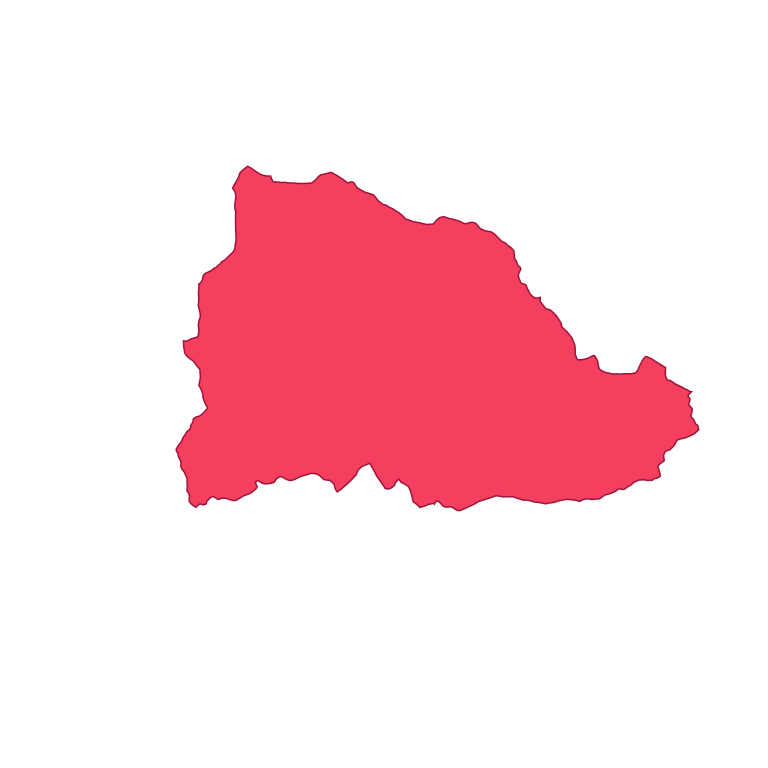 Kabjisa, Punakha, Bhutan (Albers equal-area conic projection), rotated 138°
{"feature_id": "84629894B81369433275324", "entity_name": "Kabjisa", "entity_type": "district", "adm_level": 2, "iso_a3": "BTN", "parent_name": "Bhutan", "parent_adm1": "Punakha", "projection": "albers", "projection_center": [89.724, 27.643], "detail": "fine", "context": "isolated", "style": "filled", "palette": "rose", "viewbox_px": 768, "rotation_deg": 138, "n_neighbors": 0, "source": "geoboundaries", "source_scale": "gbopen_adm2", "svg_char_len": 6171}
<svg xmlns="http://www.w3.org/2000/svg" viewBox="0 0 768 768"><g transform="rotate(138 384 384)"><path d="M490.8,335.0L485.8,334.5L479.5,334.4L473.8,334.5L465.7,335.1L460.9,337.4L455.2,337.4L447.6,334.5L449.6,325.5L451.1,320.1L452.2,310.4L453.0,305.5L451.7,304.0L450.7,302.8L449.2,302.2L447.0,301.8L444.8,301.6L443.8,301.7L442.3,302.8L439.8,303.3L436.6,303.4L437.1,299.6L435.0,294.0L434.5,291.1L436.1,286.3L438.9,280.9L441.0,277.0L439.9,270.9L440.1,268.3L434.8,265.8L431.5,264.8L426.8,261.9L426.8,260.9L425.3,261.8L422.7,261.6L421.8,258.8L421.8,254.0L420.5,251.1L415.9,247.5L415.3,244.6L414.0,240.8L412.0,238.9L405.5,236.9L398.0,234.5L392.1,233.3L381.1,228.2L375.9,226.2L373.9,224.3L371.5,221.0L368.7,218.4L363.7,214.1L362.6,211.9L358.1,204.3L356.3,203.0L353.7,199.7L351.6,196.2L347.9,191.9L344.0,186.7L341.1,185.2L337.2,182.4L332.3,180.2L325.3,176.1L321.0,171.3L318.8,168.7L317.3,165.9L313.2,164.8L309.7,162.8L306.9,159.1L303.2,156.5L300.6,154.4L294.1,153.7L289.4,151.3L284.8,149.6L278.7,148.8L278.5,147.5L276.4,145.1L274.0,144.7L272.0,144.7L268.3,143.7L263.8,143.7L258.9,142.1L254.7,138.7L253.0,136.3L250.1,133.9L249.3,133.0L246.5,132.8L244.3,131.5L240.8,130.5L239.1,132.4L237.2,135.9L236.7,137.2L236.3,139.2L233.9,140.0L232.0,140.0L227.0,139.5L225.3,142.1L224.0,143.9L220.5,145.6L217.9,145.0L215.8,143.9L212.7,143.9L208.8,144.3L203.9,146.3L200.4,144.8L197.1,142.8L193.7,141.5L187.0,139.4L183.1,139.4L180.5,139.6L178.5,143.5L179.2,145.7L178.1,148.8L177.5,150.9L177.9,152.2L177.9,153.5L177.0,155.1L173.8,157.2L171.4,159.6L171.4,164.9L167.7,167.1L166.8,167.8L166.3,169.4L166.1,171.5L165.4,172.4L163.2,172.3L160.6,172.5L162.1,174.5L162.3,176.2L163.9,179.6L164.6,182.2L166.0,185.6L167.5,189.0L168.1,191.9L168.5,193.6L169.1,195.3L170.6,197.0L170.6,198.4L170.1,200.2L168.6,202.9L167.1,204.5L163.8,207.7L166.0,215.3L167.0,218.5L168.2,223.3L170.2,228.1L171.4,229.4L174.5,229.1L181.8,226.5L185.7,224.6L189.2,223.8L193.0,225.8L196.0,228.4L198.4,230.7L202.2,233.6L204.6,236.1L207.1,238.1L211.7,244.5L212.9,246.9L214.0,250.7L213.2,252.8L209.9,258.2L208.6,263.3L209.1,265.0L215.4,266.8L220.3,269.3L222.6,271.3L223.8,272.0L223.8,273.8L222.7,276.3L222.3,277.9L219.5,280.9L216.4,284.8L215.1,288.1L213.6,292.1L213.3,294.7L213.1,300.7L213.7,307.4L211.8,310.4L211.0,314.2L210.2,319.9L210.6,324.7L210.6,325.8L211.2,328.5L213.4,331.6L212.7,340.9L209.9,343.8L212.9,345.3L214.4,347.5L215.1,350.1L215.2,352.8L213.4,359.7L212.3,362.1L212.9,364.6L214.4,366.2L214.4,368.0L212.6,373.3L210.7,375.5L209.3,376.3L205.4,377.8L204.7,379.8L205.1,381.7L204.9,383.8L203.4,386.5L203.1,389.7L201.6,391.7L198.3,396.3L198.3,398.0L198.5,401.3L199.2,403.5L199.5,407.8L201.0,411.1L201.2,413.9L201.5,421.1L202.2,424.5L203.5,426.6L206.1,429.8L208.5,435.1L208.3,439.4L208.3,442.0L209.0,443.3L210.3,445.2L212.6,446.7L216.3,448.5L217.2,449.8L218.7,453.9L220.6,457.2L221.9,459.5L224.9,463.5L226.7,466.9L227.8,468.3L228.7,469.1L231.5,470.4L234.4,470.6L240.4,469.9L245.5,474.0L248.2,477.7L249.3,479.5L251.8,482.7L254.1,485.8L255.9,489.4L257.6,492.3L257.6,496.2L258.3,501.3L259.8,506.1L260.3,508.4L261.9,512.1L262.6,514.9L263.1,516.1L264.4,517.5L265.7,523.7L265.4,527.8L265.3,531.6L268.2,536.7L269.7,539.0L270.7,541.7L272.1,546.0L272.6,548.6L271.7,553.6L272.2,555.1L273.6,556.6L276.5,557.7L276.7,559.6L277.5,562.7L277.7,564.2L278.5,566.5L279.4,570.2L280.4,573.0L281.4,576.0L282.2,577.0L284.8,578.3L287.5,579.7L291.1,581.8L293.8,582.0L298.0,581.5L303.3,581.7L307.8,585.3L312.1,589.1L315.2,592.1L317.0,594.2L318.7,595.6L320.5,597.4L322.7,600.2L325.3,602.3L328.6,606.0L330.8,608.1L330.9,609.4L329.8,612.9L329.1,614.4L330.6,615.7L332.4,617.5L333.3,618.8L335.1,621.3L336.3,625.1L336.9,627.1L338.6,634.4L339.7,637.1L347.2,637.5L350.1,637.2L354.3,634.7L359.3,633.0L362.8,632.0L365.5,630.8L366.0,627.0L367.7,623.5L369.7,621.5L374.2,617.7L377.5,614.1L378.8,611.4L383.6,606.4L386.8,602.7L389.0,600.3L391.8,596.8L395.0,592.9L398.1,589.4L401.1,587.4L403.5,585.0L405.6,583.7L408.9,582.9L412.3,583.0L416.7,582.7L419.9,582.7L422.7,583.4L426.1,582.8L427.3,583.1L428.8,583.1L429.8,582.9L431.1,583.1L432.4,583.7L435.2,583.7L438.3,584.4L442.9,585.8L445.5,585.6L447.3,584.5L448.9,583.1L451.5,582.1L455.1,582.0L456.2,580.2L460.8,576.0L465.1,570.7L469.5,566.6L473.1,559.9L475.5,556.8L479.4,554.7L483.0,551.6L485.1,548.3L488.7,545.0L491.0,543.6L493.3,544.8L497.0,546.5L501.8,547.9L504.3,550.2L508.1,545.4L511.4,540.2L511.9,537.2L511.4,533.1L510.3,528.7L510.9,524.0L511.0,519.1L511.5,517.4L516.4,511.4L520.2,508.5L522.6,506.8L523.0,504.2L524.2,500.5L525.5,497.6L527.6,495.0L529.1,491.6L530.4,487.1L530.7,484.8L532.2,484.0L535.5,483.5L539.5,483.3L542.7,483.7L545.5,485.2L547.6,485.6L549.3,485.5L549.9,484.8L552.1,483.3L553.2,483.0L554.1,482.9L555.3,482.4L558.1,480.4L560.1,480.4L561.2,480.5L563.1,480.3L564.6,479.6L566.8,479.2L568.3,478.9L569.8,478.4L572.1,477.2L573.8,476.7L575.0,476.5L578.9,475.6L581.8,474.7L582.8,473.7L583.2,472.2L583.6,470.7L584.0,469.7L584.5,468.9L585.2,468.0L585.7,466.7L586.6,463.1L587.2,461.8L587.9,460.9L589.2,459.9L590.4,458.1L590.7,457.2L591.2,455.3L591.2,454.0L591.4,452.0L592.1,450.1L592.5,448.5L592.7,447.6L593.9,445.2L595.4,443.5L596.4,442.5L597.4,441.0L598.6,439.5L601.5,436.9L602.0,436.2L602.1,435.2L602.2,433.7L602.9,431.8L603.6,430.9L604.7,429.7L605.7,428.9L607.4,426.8L607.4,422.9L607.0,420.8L606.2,418.1L604.7,418.4L601.3,418.1L600.3,417.4L600.1,416.5L599.3,415.2L598.0,414.6L597.0,414.0L595.8,414.2L594.5,415.3L591.9,415.5L588.5,415.7L586.4,414.9L585.9,414.0L584.6,409.4L583.8,408.6L581.9,408.1L580.8,407.4L578.8,405.7L577.0,403.5L576.1,401.3L575.4,400.5L573.7,397.8L571.8,396.7L569.9,396.1L567.6,395.6L564.9,395.3L562.6,394.6L558.5,392.9L555.5,392.0L552.7,391.9L549.4,391.7L547.3,392.3L546.6,393.2L546.1,395.5L544.8,397.3L542.7,396.7L541.9,395.6L541.7,394.3L541.3,393.1L541.0,392.1L539.9,390.2L537.4,387.8L534.1,385.7L531.9,384.6L530.5,384.6L527.7,385.5L525.3,385.3L523.5,384.7L522.1,383.7L521.2,380.9L520.3,378.4L518.9,375.7L516.8,374.1L515.1,373.1L507.9,371.1L502.8,368.6L498.1,366.4L496.7,365.2L494.0,361.8L493.0,358.4L492.9,355.9L492.7,353.4L491.3,351.5L489.1,349.0L488.4,347.1L488.2,343.7L488.7,341.9L490.3,338.7L490.9,336.7L490.8,335.0Z" fill="#f43f5e" stroke="#9f1239" stroke-width="1.5"/></g></svg>